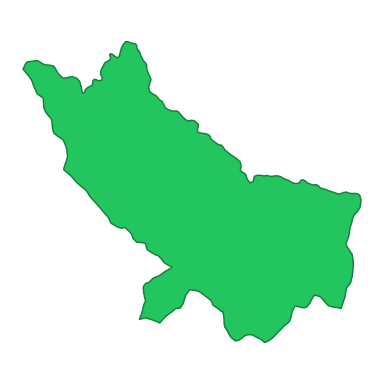 outline of Zobel, Tashigang, Bhutan
{"feature_id": "84629894B82504764239496", "entity_name": "Zobel", "entity_type": "district", "adm_level": 2, "iso_a3": "BTN", "parent_name": "Bhutan", "parent_adm1": "Tashigang", "projection": "natural_earth1", "projection_center": [91.442, 27.065], "detail": "fine", "context": "isolated", "style": "filled", "palette": "green", "viewbox_px": 384, "rotation_deg": 0, "n_neighbors": 0, "source": "geoboundaries", "source_scale": "gbopen_adm2", "svg_char_len": 5319}
<svg xmlns="http://www.w3.org/2000/svg" viewBox="0 0 384 384"><path d="M341.1,308.4L341.8,306.2L343.8,300.3L345.2,296.2L345.9,291.3L346.7,287.4L349.0,285.0L350.9,281.9L351.3,279.4L352.0,277.2L352.3,276.1L353.3,265.5L353.3,261.5L352.0,254.0L350.6,252.2L348.7,249.1L346.7,246.3L346.0,243.6L346.9,241.2L347.7,239.0L348.9,235.6L350.0,227.7L351.7,222.8L352.4,219.1L354.1,215.0L358.0,210.8L360.2,206.9L361.0,200.0L360.0,196.5L359.8,195.3L358.3,194.2L356.9,193.7L354.9,193.4L353.1,193.5L351.0,193.5L348.8,193.1L347.9,192.7L346.6,192.1L343.5,192.5L340.4,193.8L338.4,194.0L333.0,192.2L329.2,191.0L326.0,189.6L322.5,188.6L320.5,188.1L318.4,185.8L316.3,184.7L312.6,185.0L310.6,184.2L307.3,182.8L305.0,180.8L303.0,179.8L300.9,180.3L299.5,182.8L296.0,183.7L292.5,182.7L288.3,180.3L284.1,178.8L280.7,176.8L277.7,175.8L273.8,176.0L271.7,176.5L269.3,176.1L267.2,175.4L265.5,175.9L263.5,175.8L259.6,175.3L257.2,175.3L254.5,176.3L253.8,178.4L253.1,181.7L250.2,182.7L248.0,180.4L246.6,177.6L245.8,174.6L244.0,173.0L241.8,171.9L240.4,170.4L240.6,168.5L241.0,166.7L240.8,164.0L240.0,161.7L239.2,161.0L237.3,159.2L234.1,156.9L230.5,154.6L227.9,152.4L224.5,149.6L223.4,147.4L221.5,145.3L218.3,144.6L216.1,143.0L213.7,141.3L210.7,138.7L210.5,137.5L209.3,135.2L206.7,134.0L204.2,133.5L201.7,133.2L199.8,132.9L198.0,132.2L197.3,129.7L198.3,126.7L198.3,124.5L196.5,122.5L194.9,121.2L193.3,120.4L191.2,120.4L187.9,121.0L186.1,120.0L183.3,117.5L181.5,115.7L178.3,111.8L176.3,110.9L173.5,111.1L169.6,110.3L167.1,109.1L164.8,107.1L163.9,104.6L162.1,101.6L160.3,100.3L158.7,99.0L157.5,97.5L156.2,95.8L153.9,94.5L151.4,93.0L149.3,91.0L148.7,87.5L149.4,84.3L150.3,81.5L151.0,79.8L149.9,76.6L148.3,73.6L147.2,70.3L146.7,69.0L146.5,64.4L144.7,62.0L143.3,60.7L142.0,57.7L140.6,55.5L139.9,52.5L139.0,51.0L137.2,49.2L136.8,47.7L136.8,45.5L135.7,44.0L133.8,43.5L130.8,43.0L128.1,41.8L125.7,41.6L123.8,44.0L122.9,45.1L122.2,46.4L121.5,48.0L121.1,49.4L120.5,51.2L120.3,52.6L119.9,53.7L119.6,55.0L118.8,56.9L117.6,57.6L116.5,57.4L115.3,56.5L113.5,55.1L112.3,54.3L110.8,53.8L110.0,54.0L109.7,55.3L110.1,56.3L110.5,57.7L110.3,59.2L109.0,60.5L107.7,61.2L106.5,61.8L105.8,62.2L104.6,63.2L103.8,64.8L103.3,66.0L102.7,67.0L102.2,67.9L101.7,68.7L101.4,69.5L101.0,70.5L100.6,72.0L100.6,73.7L101.0,75.1L101.5,76.3L102.1,77.6L102.2,79.0L101.8,79.9L100.2,80.6L98.3,80.7L96.3,79.8L95.2,79.5L94.0,79.5L93.0,80.8L92.8,81.8L92.7,82.8L92.3,84.7L91.7,85.6L90.9,86.0L89.4,86.6L88.3,87.2L87.3,87.9L86.3,88.7L85.7,89.6L85.2,90.5L84.6,92.1L83.5,93.1L82.6,93.1L82.1,91.8L81.6,89.1L81.4,87.5L79.7,81.5L76.9,78.4L72.4,76.6L67.6,77.6L63.6,78.3L61.0,76.5L58.0,73.2L55.7,69.1L53.8,66.2L49.9,65.2L44.7,64.8L41.6,63.1L37.6,60.6L27.5,61.8L26.1,63.0L24.8,65.3L23.7,67.9L23.0,69.1L25.4,72.0L26.5,73.4L28.9,76.2L31.4,79.9L32.2,81.4L33.3,85.0L34.7,88.0L35.6,90.1L36.7,92.7L37.5,94.2L41.5,96.8L43.2,97.7L43.5,101.5L43.7,105.3L43.8,107.5L44.1,108.4L45.3,111.3L47.0,114.0L48.9,116.1L51.0,118.5L51.6,120.2L52.0,122.1L52.2,124.8L52.6,128.6L53.1,130.6L53.5,132.2L54.2,133.5L56.2,134.9L58.3,136.7L60.7,138.0L62.2,139.1L63.7,141.0L64.4,142.9L65.3,144.7L66.0,146.8L66.7,149.3L67.2,152.6L67.5,157.1L65.6,163.0L64.2,167.2L63.7,169.6L69.8,174.9L70.7,175.6L76.7,182.4L77.4,183.1L82.8,187.7L86.1,190.4L88.1,193.4L89.3,195.4L89.9,196.5L99.8,207.5L104.8,213.6L108.1,217.1L109.5,219.8L111.1,223.3L113.2,224.4L117.5,227.0L121.7,228.3L123.7,227.8L125.1,227.5L127.5,229.7L131.1,233.4L132.3,235.8L133.0,238.1L133.6,239.2L134.7,239.9L135.4,240.8L136.0,241.6L136.9,242.3L139.2,242.4L141.2,242.5L145.0,243.2L145.9,244.8L146.5,247.7L147.2,249.6L149.6,251.4L155.0,254.6L158.3,255.8L161.1,258.7L163.0,261.2L165.3,263.5L168.2,265.2L171.4,266.5L171.8,267.4L169.1,269.3L165.6,271.1L163.4,272.7L162.0,273.7L159.7,275.4L158.6,275.9L157.7,276.3L153.1,278.2L149.7,281.6L148.9,282.4L145.8,283.3L144.7,284.8L143.9,285.7L143.3,287.3L143.3,288.8L143.6,290.2L143.6,291.6L143.7,292.9L144.2,294.7L144.3,295.9L144.6,297.4L144.9,298.4L145.3,299.7L145.4,300.7L145.3,301.7L144.5,303.0L144.0,304.1L143.6,305.4L143.1,307.5L142.9,309.1L142.4,310.8L142.0,312.3L141.6,313.7L141.1,315.1L140.7,315.9L140.1,317.3L139.6,319.3L145.9,317.8L147.6,318.4L148.6,318.7L153.7,320.4L156.7,321.6L158.9,322.5L159.8,322.9L163.1,319.2L165.0,317.2L165.6,316.5L167.2,315.3L168.5,314.3L169.6,313.5L172.9,311.0L174.4,309.6L175.1,308.7L177.7,308.3L180.4,307.9L183.2,303.3L185.7,295.3L189.5,289.9L191.9,290.0L195.9,290.6L198.9,291.5L201.1,292.8L204.6,295.5L207.1,297.4L211.0,300.4L213.1,305.3L217.6,308.2L220.6,310.9L222.8,311.7L223.6,315.2L224.1,320.3L224.2,324.2L225.0,327.3L227.7,331.4L228.8,334.0L231.1,337.4L235.6,341.0L237.2,340.4L238.2,340.4L239.6,339.9L240.7,338.9L242.0,338.1L243.1,337.2L244.0,336.2L245.6,335.4L247.4,334.9L249.8,334.6L252.3,335.0L254.5,336.1L257.0,337.5L260.1,338.8L262.3,340.3L264.2,342.2L265.4,342.4L266.4,341.8L268.5,340.8L270.9,339.2L273.2,337.3L276.2,334.2L278.9,331.3L281.8,328.5L284.3,325.7L286.5,324.0L289.0,322.1L290.2,319.9L290.8,317.8L291.5,314.5L292.0,312.4L292.8,310.3L293.8,308.3L294.9,305.9L299.6,307.0L301.9,307.5L303.8,307.8L305.5,307.4L307.0,306.8L308.7,304.5L309.6,303.5L310.9,300.9L312.1,298.7L313.5,296.7L314.5,295.1L317.4,295.8L319.7,296.6L320.8,297.2L322.9,299.5L325.0,302.0L326.9,304.3L328.6,305.6L329.9,306.3L331.7,306.5L333.6,307.2L337.1,307.5L341.1,308.4Z" fill="#22c55e" stroke="#15803d" stroke-width="1.5"/></svg>